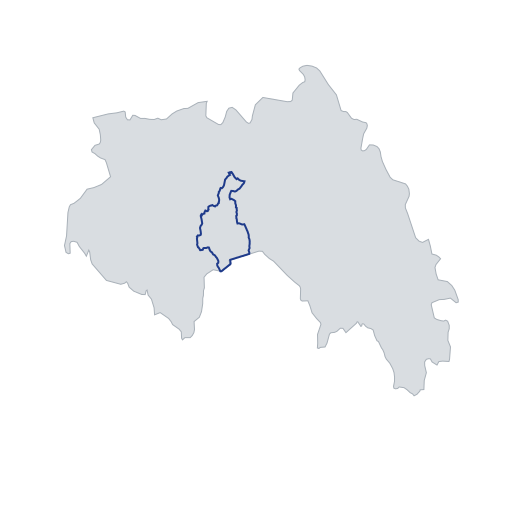 Mamou, Mamou, Guinea (highlighted), rotated 343°
{"feature_id": "49546643B72815389499799", "entity_name": "Mamou", "entity_type": "district", "adm_level": 2, "iso_a3": "GIN", "parent_name": "Guinea", "parent_adm1": "Mamou", "projection": "equal_earth", "projection_center": [-11.801, 10.57], "detail": "fine", "context": "in_parent", "style": "outline", "palette": "blue", "viewbox_px": 512, "rotation_deg": 343, "n_neighbors": 0, "source": "geoboundaries", "source_scale": "gbopen_adm2", "svg_char_len": 6710}
<svg xmlns="http://www.w3.org/2000/svg" viewBox="0 0 512 512"><g transform="rotate(343 256 256)"><path d="M308.9,352.0L305.1,351.3L303.4,352.2L298.4,360.1L295.4,363.2L290.8,362.2L289.1,362.8L287.8,361.9L289.5,357.5L291.9,349.0L298.1,340.4L298.2,338.6L295.7,333.6L293.0,326.7L293.0,319.4L292.5,314.0L287.1,312.6L286.1,311.7L285.9,309.9L289.0,300.7L289.2,298.9L288.8,297.2L285.5,292.5L280.3,283.9L271.3,266.1L268.0,262.3L264.8,256.9L263.5,253.4L260.2,252.2L229.0,252.4L228.4,257.1L217.7,260.2L211.0,256.6L203.7,258.7L200.1,261.1L197.3,271.4L195.7,273.7L194.2,278.3L192.7,280.9L191.1,286.0L187.6,293.3L183.9,298.0L177.6,300.6L175.7,308.3L174.2,311.1L171.8,313.4L169.2,314.8L164.1,313.3L161.2,314.7L160.8,312.8L162.4,306.7L161.1,303.5L156.2,297.2L155.7,294.1L154.2,290.2L147.8,282.1L141.8,282.6L143.4,275.8L143.4,266.7L141.4,261.8L141.9,256.7L140.8,257.1L138.7,260.5L135.5,259.4L128.9,254.0L125.6,248.8L125.3,244.4L124.5,242.7L122.5,243.6L118.4,243.5L105.8,235.6L97.0,215.7L96.8,211.3L98.1,203.6L97.8,201.5L93.7,206.6L92.9,203.2L89.8,195.2L88.9,190.6L85.9,188.6L83.5,188.2L81.6,189.7L79.1,199.0L77.3,199.0L75.4,197.0L75.9,190.0L80.7,181.4L88.9,159.4L91.8,154.4L93.6,152.7L97.4,152.4L104.9,149.5L114.0,142.7L121.0,143.2L129.3,142.4L140.1,137.7L140.2,123.0L139.8,119.7L136.0,116.8L133.8,114.2L131.9,111.0L129.6,108.6L129.7,106.2L134.4,103.1L138.8,103.1L140.3,101.9L141.4,99.8L142.6,94.5L143.1,88.9L140.2,81.4L140.4,76.1L156.2,76.9L164.8,78.4L171.9,78.8L173.0,80.0L172.0,85.1L172.9,88.2L175.3,89.0L179.3,85.4L181.4,86.2L185.8,90.7L189.9,91.9L194.4,94.3L198.6,95.7L202.4,95.5L205.2,98.0L210.5,98.8L217.3,95.6L222.6,94.2L230.1,93.9L234.0,94.9L245.5,92.4L254.5,93.8L253.1,95.5L249.0,107.3L249.4,109.4L258.6,119.3L260.8,120.1L263.3,118.7L267.2,114.1L270.3,109.1L273.3,106.7L276.7,106.9L279.5,110.4L286.0,125.1L287.7,127.0L289.3,127.0L292.1,124.2L293.5,121.0L299.6,111.2L308.9,106.4L331.0,117.6L334.3,118.4L336.2,117.6L339.0,110.9L347.3,105.3L351.3,103.8L353.6,103.6L354.5,101.8L354.9,99.1L354.4,96.3L351.8,91.3L351.7,89.8L353.2,88.9L356.4,88.2L360.5,88.6L365.1,90.8L368.9,93.9L371.1,97.6L375.3,113.2L380.0,125.4L379.9,141.8L382.0,143.5L384.2,144.2L385.3,145.5L387.6,152.2L389.7,154.2L392.3,154.7L397.1,159.0L400.2,160.7L400.7,162.0L400.6,163.8L399.4,166.1L394.7,170.6L392.5,174.5L387.8,183.7L387.6,185.5L388.7,186.7L390.6,187.0L392.7,186.3L397.0,182.9L400.5,184.1L403.7,186.7L405.0,189.4L405.3,192.9L404.6,197.5L404.5,202.6L405.6,211.3L407.3,219.9L409.1,223.1L420.1,230.8L421.2,233.6L421.7,236.8L420.9,241.3L419.8,243.7L413.8,250.5L412.9,253.7L413.4,259.8L414.0,285.2L416.3,289.5L419.2,291.7L425.8,290.5L425.6,297.6L424.8,305.5L428.6,307.9L430.6,310.4L431.7,312.6L425.6,316.8L423.8,319.3L423.0,325.9L423.2,332.0L431.5,336.4L434.6,341.5L436.1,346.8L436.6,356.9L435.9,359.2L433.7,359.2L429.6,353.1L423.2,352.5L418.5,351.3L410.6,352.1L409.3,353.9L408.4,367.3L410.3,369.5L414.1,372.0L416.5,373.1L418.6,372.8L420.2,374.4L420.5,378.8L419.5,382.1L417.4,385.1L414.8,392.8L415.4,399.8L411.0,411.1L409.7,413.3L403.8,411.1L400.0,410.4L397.2,413.2L393.4,408.8L392.7,405.4L391.3,404.7L388.7,404.6L386.3,406.6L385.3,410.1L384.8,417.4L380.5,424.2L377.5,432.8L373.9,432.0L373.2,433.1L369.5,435.3L366.3,435.9L365.4,433.6L363.5,431.8L361.4,428.1L359.1,425.2L354.6,423.1L352.8,424.1L350.6,423.8L349.2,422.7L349.4,420.9L351.8,416.4L353.1,412.3L353.9,407.9L353.8,403.6L352.6,397.6L350.5,392.8L350.0,390.1L350.2,386.1L349.8,382.5L349.1,380.6L348.1,373.6L346.9,372.4L346.2,366.8L346.4,361.1L344.7,359.0L341.9,357.4L340.3,355.2L339.3,352.7L338.3,352.0L337.4,352.2L336.7,353.7L335.7,354.0L334.1,348.7L333.5,348.5L332.3,349.7L319.6,355.6L318.0,350.6L315.5,349.7L311.3,351.7L308.9,352.0Z" fill="#d9dde1" stroke="#a8b0b8" stroke-width="1"/><path d="M266.0,182.5L266.8,181.2L266.3,181.0L265.0,180.3L263.4,179.5L262.2,178.3L261.1,176.4L259.9,176.8L258.6,174.4L257.9,171.1L257.1,168.5L256.3,168.4L256.6,169.2L255.6,169.0L255.0,168.5L254.3,168.4L254.5,169.7L254.6,170.4L254.7,170.8L254.4,170.8L253.7,171.1L251.7,171.8L250.9,172.6L248.8,173.9L247.2,176.9L246.1,178.9L245.3,179.8L244.5,180.5L243.6,181.0L243.1,181.2L242.1,180.6L241.8,180.8L241.4,181.4L241.2,181.6L240.9,182.2L240.6,182.6L240.4,182.9L239.9,183.4L239.1,183.9L238.9,184.8L237.2,186.9L237.4,189.3L237.3,191.0L236.9,192.3L236.5,193.1L236.2,193.4L236.0,194.4L235.2,194.6L234.3,195.6L233.5,196.2L232.8,196.1L231.9,196.1L231.3,196.6L230.0,195.6L229.1,194.5L227.9,194.7L227.5,194.5L226.5,194.6L226.0,194.7L224.9,195.0L224.6,195.7L224.4,196.2L224.2,197.0L224.2,197.6L223.9,197.6L223.0,198.9L222.8,198.9L222.0,198.8L221.3,198.0L220.9,197.7L220.3,198.3L219.5,199.2L219.1,200.3L217.8,200.2L216.4,200.9L216.3,201.0L216.0,200.2L215.5,200.7L215.1,201.0L214.8,202.0L214.7,204.7L214.5,206.2L214.1,209.1L213.2,210.2L212.0,210.9L210.8,212.5L210.5,213.6L210.5,214.5L210.3,216.2L209.8,218.8L209.3,219.6L208.1,219.8L207.1,219.7L206.5,219.3L205.4,220.0L205.1,220.3L205.3,221.0L204.6,222.1L203.7,226.7L203.0,227.8L203.0,228.3L203.1,230.7L203.5,230.9L203.9,232.1L204.2,233.2L204.2,233.9L204.3,234.1L205.0,234.3L205.7,234.3L206.4,234.5L206.9,234.5L207.9,233.2L208.4,233.1L210.7,233.8L211.4,233.8L212.0,233.6L212.8,233.8L213.1,234.0L213.4,234.1L213.5,234.9L213.4,235.5L213.6,236.4L213.5,237.1L214.0,238.5L214.4,239.0L214.7,239.3L215.1,239.9L215.1,240.5L215.5,242.0L216.6,243.0L217.0,243.7L217.5,245.4L217.9,246.1L218.1,246.9L218.5,249.4L218.4,250.3L217.9,251.5L216.6,252.0L216.2,253.6L216.4,255.1L216.9,256.3L217.4,260.0L217.7,260.2L217.7,260.3L218.4,260.5L218.8,260.4L219.9,260.0L220.6,259.7L220.8,259.5L221.5,259.3L222.0,259.1L222.3,258.9L223.1,258.7L227.7,256.8L228.3,256.7L228.6,256.4L228.9,256.3L229.1,256.3L229.2,256.2L229.6,255.6L230.0,252.9L230.1,252.6L230.1,252.4L230.2,252.1L233.0,252.1L234.5,252.1L236.0,252.1L237.6,252.0L238.1,252.1L239.3,252.1L241.6,252.0L243.5,252.1L244.3,252.1L245.0,252.0L245.4,252.0L245.5,252.0L245.9,252.1L246.0,252.1L249.1,252.0L250.2,252.0L250.3,251.8L250.4,251.4L250.5,251.0L250.7,250.6L250.6,250.2L250.6,248.4L252.2,246.5L252.5,244.6L253.5,242.5L253.9,241.1L254.3,240.0L254.6,238.1L254.4,236.2L254.9,234.9L255.2,233.2L255.1,231.9L255.1,229.9L254.9,228.9L254.8,227.9L254.8,227.3L254.6,226.0L254.5,224.9L254.3,223.3L254.1,222.2L253.2,222.1L251.9,221.8L250.8,220.9L249.7,220.0L248.8,219.6L247.8,219.5L247.8,218.0L248.1,216.4L248.4,215.1L248.2,214.4L248.3,214.2L248.8,211.9L249.5,211.6L250.1,210.0L250.1,208.2L251.0,207.0L251.2,205.7L251.6,204.3L251.0,203.7L251.7,201.6L251.6,199.6L252.2,197.5L251.2,196.0L249.2,194.1L247.9,194.2L247.8,192.3L248.7,189.8L250.6,187.4L251.4,186.5L253.2,187.2L254.5,188.1L255.0,188.2L256.4,188.0L258.2,187.1L259.9,186.8L261.9,185.4L262.3,185.1L263.0,184.6L263.6,184.0L264.8,183.4L266.0,182.5Z" fill="none" stroke="#1e3a8a" stroke-width="2"/></g></svg>